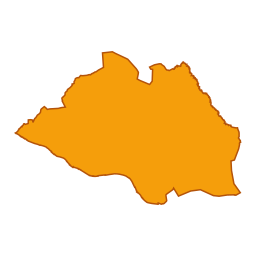 Briģu pag., Ludzas, Latvia (Mercator projection)
{"feature_id": "27541924B47965156776634", "entity_name": "Briģu pag.", "entity_type": "district", "adm_level": 2, "iso_a3": "LVA", "parent_name": "Latvia", "parent_adm1": "Ludzas", "projection": "mercator", "projection_center": [28.122, 56.451], "detail": "fine", "context": "isolated", "style": "filled", "palette": "amber", "viewbox_px": 256, "rotation_deg": 0, "n_neighbors": 0, "source": "geoboundaries", "source_scale": "gbopen_adm2", "svg_char_len": 5733}
<svg xmlns="http://www.w3.org/2000/svg" viewBox="0 0 256 256"><path d="M80.4,169.9L88.6,175.0L89.8,175.4L89.7,175.6L92.1,176.1L92.2,175.9L93.4,176.0L93.3,176.3L95.2,176.4L98.1,176.1L98.1,175.7L105.2,174.9L105.2,175.2L106.8,175.0L109.0,174.6L114.5,173.8L117.2,173.9L119.5,174.2L123.4,175.1L125.9,176.0L129.2,178.2L129.4,178.1L130.3,179.1L131.9,181.4L134.7,187.3L135.2,187.2L135.6,188.6L136.6,190.7L136.4,190.9L137.1,191.8L136.8,192.1L137.7,192.8L138.0,192.6L140.4,195.0L141.5,197.0L142.1,197.6L141.9,197.7L142.5,198.4L142.6,198.1L144.3,200.3L146.9,202.3L148.0,202.7L152.0,203.5L158.1,204.2L158.2,203.0L161.1,204.1L161.9,204.1L162.5,203.7L163.4,203.8L164.2,203.4L166.4,201.3L166.7,200.6L166.1,196.9L165.9,195.2L166.0,194.8L166.3,194.4L167.3,193.6L172.9,189.6L173.6,188.1L178.5,196.1L190.7,191.0L200.4,189.7L213.4,195.6L219.1,196.2L227.2,195.0L234.6,194.8L234.6,195.1L235.9,195.2L240.3,192.7L233.9,183.7L231.5,170.5L231.0,161.0L234.4,160.0L238.6,148.9L239.6,144.4L239.4,143.9L239.6,142.8L240.6,142.4L240.6,142.1L240.4,141.4L240.1,141.0L240.3,140.4L239.9,140.2L239.1,139.0L239.1,138.8L238.5,138.2L238.6,137.4L239.1,136.7L239.1,133.0L238.9,131.8L237.8,129.2L237.5,127.8L236.1,127.9L232.2,127.2L230.8,126.3L231.0,125.6L230.8,125.2L230.1,125.3L228.7,124.9L228.5,125.2L228.2,124.7L227.7,124.6L227.5,124.3L226.8,124.4L226.4,124.1L226.0,124.3L225.9,123.8L225.5,124.2L225.1,123.2L224.8,123.2L225.1,122.9L224.6,122.4L224.7,122.2L224.6,121.9L224.8,121.8L224.7,121.6L224.8,121.4L224.4,121.2L224.4,120.9L224.2,120.5L223.8,120.4L223.9,120.0L222.6,119.5L222.3,118.3L221.8,118.2L221.8,117.9L221.0,116.9L220.7,116.3L220.2,116.5L219.9,116.4L219.9,116.0L219.4,116.1L218.7,115.8L218.7,115.2L218.6,114.6L218.3,114.5L218.6,113.8L218.2,113.7L218.6,113.4L218.9,112.9L218.6,112.6L218.3,112.4L218.4,112.0L218.1,112.0L218.0,111.9L218.1,111.6L217.9,111.2L217.5,111.4L217.4,111.1L217.4,110.9L216.9,110.5L216.0,110.3L215.9,110.2L216.1,110.0L215.8,109.4L214.9,109.2L214.8,108.6L214.5,108.6L214.4,108.2L213.5,107.4L213.1,107.5L213.1,107.2L212.7,107.1L212.8,106.9L212.4,106.7L212.4,106.3L212.2,106.3L212.1,106.0L211.4,105.9L211.3,105.6L210.9,105.1L210.9,104.5L210.7,104.2L211.0,103.5L211.0,102.6L210.9,102.4L210.9,102.1L210.3,102.0L210.5,101.8L210.4,101.4L210.5,101.2L210.1,101.0L210.2,100.4L210.6,100.4L210.6,100.1L210.3,100.0L210.2,99.3L209.6,98.1L209.8,97.8L209.5,97.4L209.1,97.3L209.1,97.0L208.8,97.1L208.8,96.6L208.6,96.4L208.5,96.0L208.3,95.8L208.2,95.5L207.4,95.0L207.4,94.7L206.7,94.0L206.7,93.7L206.1,93.9L206.1,93.3L205.6,93.3L205.4,93.1L205.1,93.3L204.8,93.1L204.6,93.5L203.9,93.6L203.4,93.4L203.3,93.0L202.9,93.0L202.6,92.3L202.0,91.8L201.9,91.4L201.6,91.2L201.7,90.7L201.0,90.8L200.8,90.6L200.9,90.3L200.4,90.5L200.1,90.3L199.9,89.9L199.9,89.3L199.5,89.0L199.7,88.8L199.6,88.6L199.0,88.5L199.4,87.6L199.1,87.3L199.4,87.1L199.3,86.9L199.4,86.7L198.4,86.4L198.4,86.0L198.0,85.9L197.7,85.5L198.0,85.2L197.9,84.9L198.2,84.7L198.1,84.3L197.5,84.1L198.3,83.6L198.1,83.4L197.5,83.5L197.8,82.9L197.9,82.6L197.7,82.3L197.7,82.0L197.3,81.7L197.3,81.4L197.1,80.9L196.6,80.7L196.6,80.3L196.9,80.1L196.8,79.9L196.9,79.5L196.2,79.0L195.5,79.3L195.5,79.2L195.7,78.9L195.6,78.7L194.9,78.5L195.3,78.0L195.2,77.7L193.6,77.8L194.1,76.8L193.9,76.1L193.1,75.5L192.9,75.5L192.8,75.8L192.6,75.6L192.3,75.7L192.0,75.4L191.4,75.5L191.5,75.3L191.8,74.8L191.6,74.2L191.7,73.8L191.1,73.5L191.0,73.1L190.3,73.1L190.3,72.6L189.6,72.6L189.6,71.7L189.9,71.5L189.6,70.9L189.8,70.6L189.7,69.7L189.3,69.4L189.4,69.2L189.8,69.2L189.8,68.3L189.6,68.1L189.0,68.1L188.8,67.9L188.8,67.6L189.1,67.4L189.1,67.0L188.8,66.8L188.5,67.0L188.3,67.0L188.1,66.7L188.2,66.4L188.1,66.1L187.3,66.1L187.6,65.8L187.3,65.6L187.4,65.4L186.7,64.7L186.7,64.3L185.9,64.6L185.7,64.5L185.6,64.0L185.1,63.3L184.2,63.3L183.9,62.5L183.4,62.0L183.0,62.0L182.3,63.3L181.7,63.3L180.8,64.8L180.9,65.9L180.6,66.3L178.9,65.9L178.4,66.0L177.5,66.8L177.2,66.5L177.4,65.5L177.1,65.4L176.6,66.0L175.2,67.0L175.5,67.5L175.1,68.0L174.3,68.0L174.2,68.2L174.4,68.7L174.2,69.2L173.7,69.3L172.7,68.8L169.1,70.6L168.5,70.2L166.8,70.0L165.8,69.0L164.2,66.4L161.7,64.6L161.1,63.9L159.3,63.8L155.4,64.6L154.3,64.9L149.6,67.1L150.7,69.1L152.6,69.4L152.2,81.2L149.6,84.5L140.0,80.5L137.2,79.0L138.2,74.1L138.4,72.3L137.1,70.0L136.1,68.6L127.7,59.2L115.4,53.4L112.4,51.8L102.5,52.9L103.5,67.4L98.4,70.1L96.1,71.8L94.7,72.1L94.1,72.7L93.3,72.9L93.0,73.4L92.1,73.5L91.8,73.8L91.3,73.9L91.1,74.4L90.5,74.8L89.2,74.6L86.9,75.3L82.7,75.7L80.6,75.5L78.8,77.7L77.9,77.6L76.7,77.9L75.4,78.6L74.9,80.4L74.1,81.5L74.1,83.4L72.1,84.1L72.4,84.7L72.0,85.1L72.1,85.5L70.0,87.7L67.5,89.5L67.1,91.0L66.5,91.3L65.2,92.7L65.1,93.1L65.1,94.2L64.9,95.1L64.5,95.7L63.4,96.5L63.2,97.0L62.8,97.1L62.0,97.9L61.9,98.4L62.0,99.0L62.5,100.6L62.2,101.0L65.3,107.1L61.4,107.6L58.3,108.4L49.8,108.9L47.3,109.4L46.0,108.0L44.3,106.6L41.3,109.0L40.9,109.6L40.4,112.5L38.9,114.1L37.4,115.1L35.7,117.8L34.8,118.4L33.2,121.9L32.8,121.8L32.7,120.1L30.8,119.7L28.3,119.9L28.2,123.5L25.2,124.4L24.6,123.8L24.1,123.7L23.7,123.9L23.5,124.2L23.3,125.0L22.3,125.9L22.2,126.6L22.0,126.8L21.5,126.5L19.6,128.6L19.1,128.7L19.0,128.9L18.9,129.6L18.3,130.1L17.9,131.1L16.2,132.6L15.4,133.0L16.0,133.5L16.2,133.2L20.4,135.9L20.3,136.3L21.5,137.0L21.7,136.7L22.8,137.3L22.7,137.5L24.6,138.8L24.8,138.5L26.8,139.8L26.7,140.0L28.4,141.1L34.6,143.5L37.6,144.3L40.0,145.3L40.3,145.1L43.3,145.9L46.1,147.0L46.6,147.4L46.7,147.5L46.8,147.7L48.2,148.6L50.0,150.4L51.5,151.4L51.2,151.9L54.1,154.5L54.4,154.2L55.6,155.3L57.0,156.3L59.9,156.9L63.6,158.1L65.3,159.4L66.9,161.2L66.7,161.4L69.7,164.6L69.5,164.8L70.2,165.2L70.1,165.4L72.3,167.0L72.3,166.9L73.3,167.3L73.4,166.9L73.7,167.2L77.4,168.3L78.3,169.0L78.4,168.7L80.5,169.8L80.4,169.9Z" fill="#f59e0b" stroke="#b45309" stroke-width="1.5"/></svg>